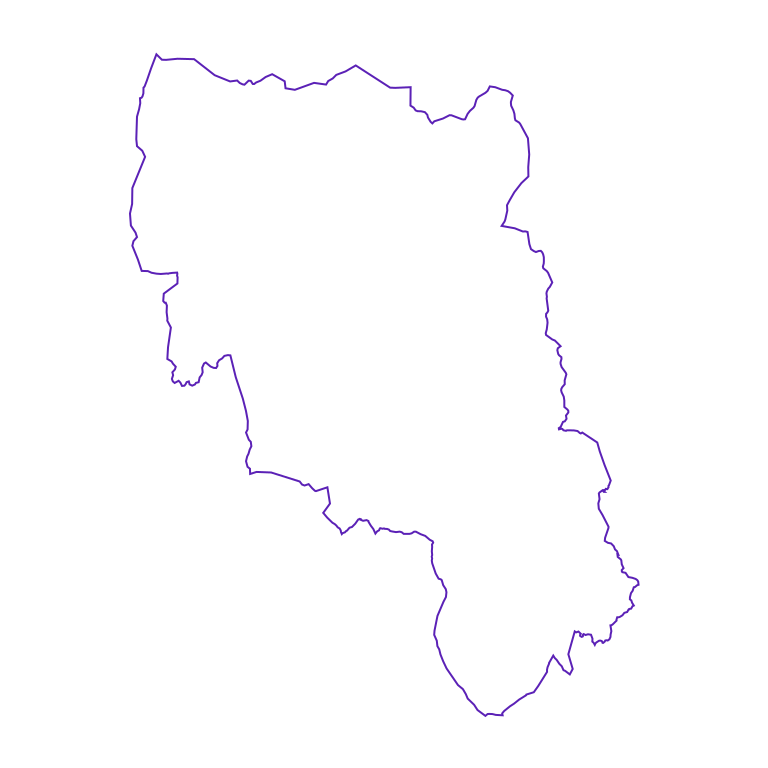 outline of Antananarivo Atsimondrano, Analamanga, Madagascar, rotated 179°
{"feature_id": "10022922B82805843876956", "entity_name": "Antananarivo Atsimondrano", "entity_type": "district", "adm_level": 2, "iso_a3": "MDG", "parent_name": "Madagascar", "parent_adm1": "Analamanga", "projection": "natural_earth1", "projection_center": [47.486, -19.01], "detail": "fine", "context": "isolated", "style": "outline", "palette": "violet", "viewbox_px": 768, "rotation_deg": 179, "n_neighbors": 0, "source": "geoboundaries", "source_scale": "gbopen_adm2", "svg_char_len": 6122}
<svg xmlns="http://www.w3.org/2000/svg" viewBox="0 0 768 768"><g transform="rotate(179 384 384)"><path d="M326.4,98.5L315.3,81.7L310.4,77.5L307.6,72.5L305.8,68.0L299.5,61.7L296.2,56.4L288.4,50.4L286.2,52.2L284.6,52.3L281.3,52.1L278.0,51.2L271.2,50.7L271.6,52.5L271.1,53.2L269.5,55.0L263.6,59.6L259.6,62.1L254.4,66.1L247.4,70.3L247.1,71.0L239.6,73.2L235.1,79.3L226.0,93.3L226.0,95.4L225.4,98.0L223.8,101.6L223.9,102.1L219.5,109.5L218.0,107.0L216.2,105.2L213.6,101.2L211.2,98.7L209.5,94.7L208.0,94.1L203.3,90.4L200.3,95.8L204.4,110.6L197.6,133.3L196.2,132.3L193.9,133.1L191.6,130.8L192.4,129.5L192.2,128.6L190.7,127.7L189.6,128.2L189.3,130.1L188.7,130.5L186.9,129.5L184.4,130.2L181.4,129.7L180.0,125.7L180.2,122.8L178.9,121.6L177.8,119.5L177.2,120.8L176.3,121.8L173.6,123.5L172.4,123.7L171.0,123.3L170.5,122.9L170.0,121.4L169.4,121.3L167.9,122.5L167.2,123.7L165.8,123.9L164.8,123.6L163.1,124.8L162.0,127.1L161.8,129.5L161.0,132.9L161.8,138.7L160.9,138.8L159.6,139.6L155.6,143.4L155.7,144.2L154.9,146.7L153.2,146.7L152.1,147.1L149.6,148.6L147.7,151.0L144.8,151.8L143.5,154.1L142.8,154.3L142.7,154.8L140.8,155.1L139.4,157.5L138.1,158.1L139.8,161.0L140.5,163.3L141.9,164.4L141.8,166.6L140.7,170.6L139.0,172.9L137.8,176.4L136.5,176.7L134.4,178.4L133.0,178.8L133.3,182.1L134.2,183.5L135.8,184.7L139.1,185.9L143.0,186.7L145.8,191.0L149.0,191.7L149.5,192.7L149.5,193.8L147.7,195.7L149.4,199.5L149.8,203.5L150.3,204.5L153.3,207.0L153.6,209.6L152.7,209.3L154.0,212.8L155.9,214.6L157.1,217.8L159.7,220.6L162.9,221.3L166.0,223.3L165.6,226.4L162.1,236.1L162.0,237.4L167.8,249.2L171.4,255.5L171.8,260.9L170.5,265.1L171.1,270.8L170.4,271.8L167.4,273.9L166.1,272.3L165.3,272.3L166.1,273.0L166.2,274.1L164.6,274.3L164.1,275.3L162.5,275.0L161.3,276.9L161.4,278.1L160.8,278.9L159.0,283.5L164.9,299.2L169.4,312.7L171.8,321.8L186.6,332.0L188.1,331.1L189.1,331.6L191.3,333.6L195.1,334.3L201.9,334.5L202.8,334.0L205.4,334.6L206.4,335.9L207.3,336.2L209.8,335.6L210.0,336.8L208.1,338.0L205.7,343.0L203.9,343.5L202.1,346.0L202.6,349.3L200.2,352.3L200.2,354.0L201.0,355.2L204.1,357.9L204.0,364.4L204.5,368.2L206.5,372.5L207.0,374.5L206.8,376.0L205.9,377.7L203.3,380.6L203.3,384.5L201.5,390.5L202.1,392.1L206.1,397.8L207.1,401.0L207.1,402.7L206.1,406.0L206.2,407.8L208.5,409.7L209.3,411.0L210.1,414.8L209.6,416.7L206.8,418.7L212.4,424.5L215.0,425.6L221.1,430.2L221.4,432.0L220.3,435.8L219.4,442.4L219.7,445.8L220.8,448.5L220.7,451.3L219.4,452.7L218.5,454.4L219.9,466.8L219.6,468.3L220.0,471.8L219.6,473.6L218.1,476.5L216.5,478.2L214.0,482.6L218.0,492.3L219.3,494.1L222.7,496.9L223.1,498.6L222.2,501.6L222.0,504.1L222.0,508.0L222.6,510.8L223.5,512.9L224.9,514.4L226.9,514.3L229.8,513.3L231.9,514.3L234.7,516.3L236.2,521.3L237.8,533.5L239.8,534.1L242.6,534.1L250.5,537.4L263.6,540.0L260.6,544.4L259.8,546.5L257.7,555.2L257.9,560.6L255.1,565.6L250.4,573.4L243.1,582.5L236.0,589.0L236.0,598.3L234.8,610.9L235.8,627.2L243.2,641.5L244.3,643.0L248.0,645.4L248.5,647.3L248.9,651.9L249.9,655.4L252.0,660.0L252.2,662.4L252.2,663.8L250.2,670.2L252.9,673.1L254.9,674.6L257.7,675.6L260.7,676.1L267.6,678.8L273.0,679.7L275.3,675.3L277.5,673.4L283.9,669.8L285.3,668.7L286.7,666.5L288.6,660.3L289.8,658.6L293.3,655.6L295.7,652.6L298.3,647.3L300.0,647.1L301.6,647.4L311.9,651.5L313.8,651.6L320.4,648.4L329.1,645.8L331.1,643.7L332.8,645.3L335.4,649.7L336.0,652.4L338.4,655.1L342.0,656.0L345.7,656.2L347.6,657.0L349.5,659.8L352.7,661.9L352.2,680.3L367.6,679.9L372.7,680.2L406.7,703.0L417.0,697.2L426.3,693.9L429.9,690.4L434.5,687.9L436.7,684.4L448.7,686.3L468.0,679.7L477.3,681.4L478.0,688.4L490.4,695.7L497.0,693.0L502.2,689.4L506.6,687.7L508.6,686.2L510.0,686.3L511.9,689.4L514.0,689.7L518.3,685.7L520.2,686.1L523.0,687.5L525.5,690.0L532.6,689.2L547.9,695.7L568.2,712.1L584.7,712.8L596.2,711.9L600.4,712.1L605.8,717.6L611.4,703.6L615.8,691.5L618.2,685.6L619.3,684.5L619.5,678.8L620.5,675.7L621.5,674.4L623.0,674.0L622.8,669.0L624.1,662.9L626.3,655.6L627.4,633.1L626.8,626.1L621.6,621.4L618.9,615.3L632.2,584.3L632.7,568.4L635.0,558.9L634.3,546.8L629.8,539.7L628.4,535.2L632.0,531.2L633.2,526.6L627.9,512.8L624.3,501.3L618.1,501.0L614.5,499.3L609.6,498.3L605.2,497.9L598.9,498.3L598.0,498.0L597.0,498.4L593.4,498.8L588.9,499.0L588.7,497.9L589.0,495.9L588.5,494.3L588.8,488.1L602.6,478.2L603.3,470.8L601.9,469.1L600.8,469.1L599.7,466.2L600.1,459.6L599.4,453.1L599.6,451.1L596.1,444.2L599.3,424.5L600.2,412.8L596.0,410.3L594.6,407.9L591.9,404.9L592.8,402.2L595.4,399.4L594.7,396.5L596.0,392.8L595.1,390.3L593.3,388.7L589.3,390.8L587.6,389.0L586.0,385.6L583.6,385.8L582.4,387.2L581.3,389.3L579.1,390.0L578.4,387.0L575.8,385.7L573.1,386.8L572.0,388.4L569.3,389.0L568.2,393.8L566.2,396.2L565.1,398.9L565.5,403.5L563.6,407.6L561.8,408.6L557.1,404.5L554.0,403.1L551.6,402.9L550.2,405.0L550.4,407.7L548.5,410.6L545.4,412.4L543.1,414.9L539.6,415.6L537.1,415.3L532.1,393.4L525.4,371.8L522.5,359.6L520.8,349.4L521.2,340.9L522.8,337.9L520.1,330.6L518.2,328.5L517.7,324.1L519.4,320.8L520.7,316.6L522.1,313.9L523.3,309.2L521.9,303.6L519.5,301.6L519.4,296.4L513.0,298.3L498.4,297.5L470.0,288.0L467.7,284.9L465.2,283.9L461.1,285.2L457.6,281.0L454.9,278.4L453.9,278.1L442.4,281.7L440.1,265.4L447.0,256.2L443.2,251.5L438.0,246.2L435.7,244.8L434.1,243.3L432.8,241.5L430.9,240.3L429.8,238.3L429.6,236.7L428.8,234.7L428.0,235.6L425.6,236.4L424.5,237.6L423.6,238.0L421.0,240.9L418.5,241.6L415.2,244.8L412.2,248.9L410.6,249.6L409.6,249.2L409.8,248.7L407.3,247.6L403.8,248.2L402.0,247.3L401.8,246.3L399.6,242.5L397.2,239.2L395.2,234.6L393.4,236.8L391.5,237.8L390.7,239.6L390.3,239.9L387.9,239.3L386.5,239.6L385.9,239.2L383.3,239.0L381.6,238.3L380.4,236.9L378.3,236.4L374.6,235.7L370.9,236.1L368.9,235.5L366.9,233.8L361.2,233.7L359.0,234.2L356.5,235.8L354.7,235.8L350.0,233.2L345.4,231.4L341.0,227.5L338.1,225.9L337.6,224.5L338.8,222.7L338.7,220.2L339.1,215.9L338.8,212.2L339.3,210.5L338.9,208.7L339.3,206.6L338.9,203.8L335.6,193.6L332.8,188.4L330.6,187.7L329.7,186.9L328.3,181.8L325.8,177.8L325.2,174.7L325.8,169.9L328.3,165.3L334.6,151.2L337.8,136.5L338.2,132.3L335.7,126.4L335.2,121.0L333.4,117.7L332.3,112.7L329.7,105.8L326.4,98.5Z" fill="none" stroke="#5b21b6" stroke-width="2"/></g></svg>